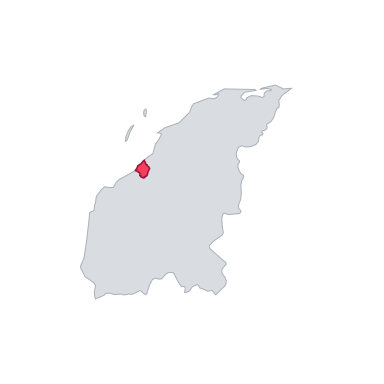 La Ceiba, Atlántida, Honduras (highlighted), rotated 319°
{"feature_id": "27666195B56820248384798", "entity_name": "La Ceiba", "entity_type": "district", "adm_level": 2, "iso_a3": "HND", "parent_name": "Honduras", "parent_adm1": "Atlántida", "projection": "robinson", "projection_center": [-86.825, 15.67], "detail": "fine", "context": "in_parent", "style": "filled", "palette": "rose", "viewbox_px": 384, "rotation_deg": 319, "n_neighbors": 0, "source": "geoboundaries", "source_scale": "gbopen_adm2", "svg_char_len": 5033}
<svg xmlns="http://www.w3.org/2000/svg" viewBox="0 0 384 384"><g transform="rotate(319 192 192)"><path d="M335.0,179.0L323.1,178.2L317.5,179.9L315.1,183.5L313.0,185.2L311.2,184.8L307.6,186.2L302.3,189.5L297.5,190.7L293.1,189.9L291.9,190.7L291.6,191.8L290.9,192.8L289.2,193.4L287.3,193.1L285.2,191.9L284.0,192.4L283.9,194.6L282.7,195.1L280.5,194.1L278.0,194.9L275.3,197.4L271.4,198.0L266.4,196.5L262.6,193.8L259.8,189.7L256.5,188.7L250.8,191.7L248.4,195.2L247.9,197.4L248.4,199.3L247.4,200.6L244.7,201.3L242.7,203.7L241.3,207.8L241.0,211.0L241.9,213.2L240.5,214.9L237.0,216.0L232.9,219.5L228.2,225.6L223.4,229.8L218.7,232.2L216.5,234.9L216.6,237.9L216.3,238.8L215.4,239.1L213.9,239.5L204.8,233.1L202.2,228.7L199.9,229.4L197.1,231.6L193.1,236.6L188.8,243.4L186.7,244.2L175.9,243.2L170.2,243.8L169.1,244.7L168.5,247.2L168.8,250.5L170.4,262.5L171.3,267.5L170.4,269.0L167.5,269.3L163.8,270.0L161.7,272.2L161.2,274.5L161.0,277.8L159.8,281.2L157.5,283.6L155.2,284.4L142.4,285.1L142.6,279.5L138.9,277.3L136.8,272.7L134.9,269.5L135.5,267.6L135.4,265.4L130.1,263.7L125.3,265.0L122.4,264.2L120.4,263.0L123.9,260.2L124.2,258.6L123.0,257.3L121.9,256.5L122.2,253.4L122.9,249.8L124.9,241.2L124.2,239.7L120.9,237.1L116.8,236.9L112.2,237.7L110.0,236.3L108.1,233.4L104.9,232.0L99.1,234.3L93.0,237.9L91.1,239.2L89.6,239.0L88.9,236.4L88.6,233.2L88.2,232.4L84.9,231.3L81.1,230.5L79.2,229.6L77.4,227.5L72.8,224.8L71.8,222.7L65.7,218.0L64.5,215.7L63.1,214.0L60.2,211.8L57.9,212.3L50.2,209.7L49.0,209.4L50.1,207.1L52.6,203.4L57.9,199.4L58.3,196.1L56.9,189.8L55.6,185.7L56.3,183.9L58.0,176.6L59.3,174.8L66.9,171.1L67.6,170.6L73.7,165.4L80.4,159.7L87.4,153.3L95.2,146.2L99.5,142.1L101.4,140.3L105.9,141.7L109.4,138.4L111.5,137.2L116.2,133.2L117.7,132.3L125.7,130.7L129.5,130.7L132.9,134.8L135.6,137.0L140.6,135.1L144.8,134.7L162.2,138.5L169.1,136.8L181.8,136.5L187.6,137.4L195.6,132.0L200.8,130.9L206.9,128.4L206.1,125.9L204.6,124.7L213.9,125.8L227.7,131.3L242.4,130.3L247.7,127.4L251.2,126.5L266.2,132.1L270.2,136.4L273.3,136.8L275.7,135.9L276.4,135.0L273.4,134.0L272.1,132.7L283.9,135.3L306.4,155.6L306.9,157.3L297.3,151.3L292.2,151.7L290.9,152.7L291.2,156.0L291.7,157.5L293.9,157.7L295.5,156.8L299.4,157.9L302.0,160.1L305.2,163.4L307.1,167.0L309.2,167.1L311.2,164.9L315.0,164.7L317.5,167.1L319.2,167.0L316.8,163.2L311.0,159.4L312.3,159.2L325.1,166.0L328.8,174.5L331.8,176.4L335.0,179.0ZM184.6,106.1L177.3,110.2L175.0,110.1L178.3,106.9L183.8,104.2L188.4,102.8L192.2,103.4L184.6,106.1ZM209.9,101.7L206.4,104.7L205.7,103.3L207.4,100.5L209.5,98.9L211.6,99.1L211.1,100.3L209.9,101.7Z" fill="#d9dde1" stroke="#a8b0b8" stroke-width="1"/><path d="M176.4,136.7L176.1,136.7L175.9,136.7L175.7,136.7L175.4,136.7L175.1,136.7L174.8,136.7L174.7,136.7L174.4,136.8L174.2,136.9L174.0,137.0L173.8,137.0L173.6,137.0L173.4,137.1L173.1,137.2L172.6,137.2L172.3,137.2L172.2,137.2L171.9,137.2L171.7,137.2L171.4,137.2L171.1,137.2L170.9,137.1L170.7,137.1L170.4,137.1L170.2,137.0L169.8,137.0L169.6,136.9L169.4,136.9L169.2,136.8L168.6,136.7L168.4,136.6L168.2,136.6L168.0,136.8L167.9,136.8L167.7,136.9L167.6,137.0L167.4,137.1L167.2,137.3L167.0,137.5L166.9,137.6L166.7,137.6L166.5,137.8L166.4,137.8L166.2,137.9L166.1,138.0L165.9,138.1L165.7,138.2L165.5,138.3L165.4,138.3L165.2,138.3L164.9,138.3L164.6,138.4L164.4,138.4L164.2,138.4L163.8,138.5L163.6,138.5L163.4,138.5L163.3,138.8L163.4,139.0L163.5,139.1L163.7,139.3L163.8,139.3L164.0,139.5L164.0,139.8L164.0,140.0L164.2,140.3L164.2,140.5L164.2,140.8L164.3,140.9L164.3,141.0L164.4,141.3L164.4,141.5L164.5,141.6L164.5,141.8L164.7,142.1L164.7,142.3L164.8,142.4L164.9,142.5L165.0,142.5L165.0,142.8L164.9,142.9L164.9,143.0L165.0,143.1L164.9,143.3L164.9,143.5L164.8,143.8L164.9,144.0L164.7,144.1L164.5,144.3L164.4,144.4L164.3,144.5L164.2,144.6L163.9,144.8L163.7,145.0L163.4,145.2L163.4,145.3L163.5,145.4L163.6,145.5L163.8,145.8L164.0,145.9L164.1,146.0L164.2,146.3L164.1,146.2L164.1,146.3L163.8,146.4L163.6,146.5L163.4,146.6L163.4,146.8L163.5,146.8L163.5,147.0L163.5,147.3L163.7,147.5L163.7,147.8L163.8,147.8L163.9,148.0L164.0,148.1L164.2,148.4L164.2,148.5L164.2,148.8L164.2,149.0L164.3,149.0L164.4,148.9L164.5,148.9L164.8,148.9L164.9,149.0L164.9,149.3L164.9,149.5L164.9,149.8L165.0,149.8L165.3,149.8L165.5,150.0L165.8,150.1L166.0,149.9L166.1,149.7L166.3,149.6L166.5,149.4L166.8,149.4L166.8,149.5L167.0,149.8L167.3,149.8L167.5,149.8L167.8,149.9L167.9,150.0L168.0,149.9L168.1,150.0L168.3,150.1L168.5,150.0L168.8,150.0L168.8,149.9L169.2,149.6L169.5,149.5L170.1,149.4L170.3,149.3L170.6,149.1L170.9,148.8L171.0,148.7L171.3,148.5L171.9,148.0L172.3,147.9L173.0,147.5L173.3,147.4L173.8,147.2L174.0,147.1L174.4,146.9L174.5,146.9L174.8,146.8L174.8,146.7L175.0,146.5L175.3,146.5L175.5,146.4L175.9,144.7L175.6,143.9L175.6,143.6L175.6,143.4L175.6,142.5L175.5,142.4L175.7,142.2L175.8,142.2L176.0,141.9L175.2,140.4L175.8,139.9L176.3,139.0L176.3,138.9L176.3,138.7L176.3,138.3L176.3,138.2L176.4,137.8L176.4,137.7L176.3,137.4L176.3,137.2L176.5,137.0L176.4,137.0L176.4,136.9L176.4,136.7L176.4,136.7Z" fill="#f43f5e" stroke="#9f1239" stroke-width="1.5"/></g></svg>